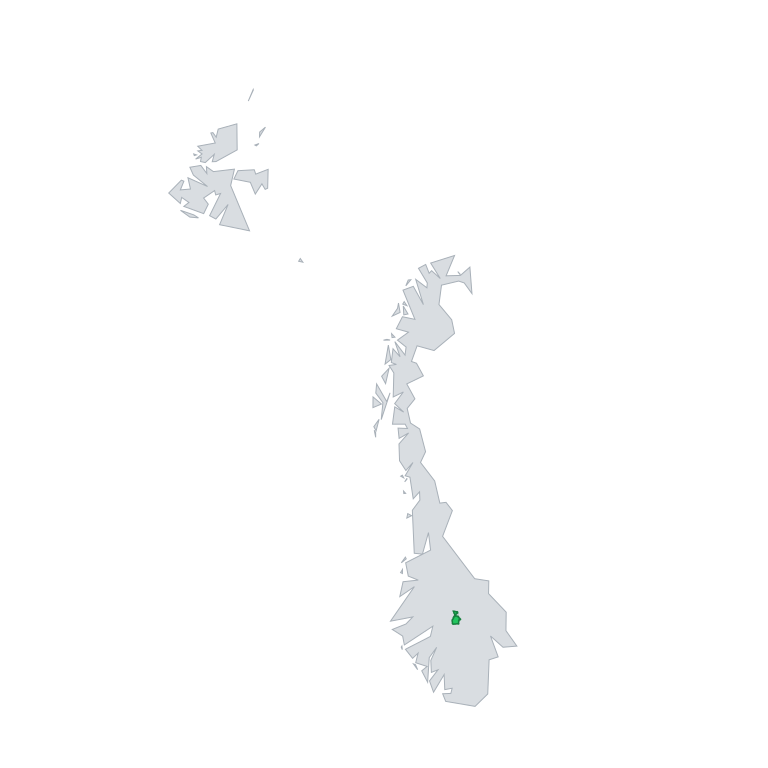 location of Nord-Aurdal nor, Oppland, Norway, rotated 325°
{"feature_id": "86288312B2745383229775", "entity_name": "Nord-Aurdal nor", "entity_type": "district", "adm_level": 2, "iso_a3": "NOR", "parent_name": "Norway", "parent_adm1": "Oppland", "projection": "albers", "projection_center": [9.398, 61.004], "detail": "fine", "context": "in_parent", "style": "filled", "palette": "green", "viewbox_px": 768, "rotation_deg": 325, "n_neighbors": 0, "source": "geoboundaries", "source_scale": "gbopen_adm2", "svg_char_len": 5733}
<svg xmlns="http://www.w3.org/2000/svg" viewBox="0 0 768 768"><g transform="rotate(325 384 384)"><path d="M433.0,371.7L419.4,381.3L422.5,385.6L420.9,399.9L402.7,397.0L400.8,413.9L389.0,417.3L383.3,431.2L387.4,441.3L379.2,463.3L368.9,469.2L369.9,492.5L361.4,513.6L366.9,516.5L367.4,526.9L344.6,542.4L346.6,595.5L356.9,605.4L349.4,615.7L353.2,641.0L342.4,656.0L342.5,674.9L330.5,667.9L326.7,651.5L321.0,673.0L311.9,670.2L291.2,697.4L273.7,700.3L252.5,679.4L254.4,671.4L261.3,675.8L265.3,672.3L258.5,669.2L266.6,656.5L247.8,664.9L251.0,653.3L264.3,649.1L257.4,647.4L263.8,637.3L276.1,629.9L264.1,634.1L248.7,653.3L250.4,640.6L257.3,640.1L250.1,630.5L257.6,624.0L250.1,625.1L249.4,613.6L277.2,617.4L285.1,610.4L251.0,609.4L254.7,601.2L250.0,589.8L264.3,593.2L274.0,591.3L253.3,582.0L292.7,567.4L275.0,567.2L286.2,556.9L299.6,564.3L293.7,555.3L299.2,542.9L326.9,546.8L335.2,531.2L317.9,545.4L311.7,540.0L334.8,503.7L346.8,499.7L351.3,492.7L342.1,494.8L351.8,475.2L348.7,471.3L362.7,464.9L352.3,467.4L352.7,455.8L361.9,441.7L376.1,438.2L365.2,437.2L370.2,428.2L377.7,433.9L378.3,429.0L367.9,421.8L379.7,408.9L384.0,418.3L381.5,406.2L395.3,401.6L384.1,399.9L398.4,380.6L398.8,371.7L405.4,375.1L402.3,370.6L411.6,360.3L412.8,370.9L417.2,355.5L417.8,372.4L423.3,366.4L420.2,355.8L433.8,355.6L425.8,345.8L437.7,339.5L446.4,348.8L453.4,318.0L464.0,320.8L461.8,341.6L470.0,316.5L474.3,329.8L477.4,326.1L478.6,309.0L486.7,310.0L484.5,319.2L488.0,318.5L490.6,329.9L491.6,311.7L515.5,319.2L496.9,331.0L508.9,338.9L521.4,337.5L507.9,360.4L507.7,347.2L504.2,342.5L487.8,336.0L474.6,350.4L476.3,370.2L470.8,383.0L444.2,385.3L433.0,371.7ZM349.3,95.1L359.3,99.9L359.6,110.0L363.2,104.1L366.1,112.2L384.7,122.2L372.2,133.5L361.7,181.4L340.7,159.2L359.3,147.5L340.9,152.4L337.7,146.1L359.4,134.2L354.6,132.6L356.2,128.4L342.9,128.2L343.2,135.9L334.0,141.0L321.9,123.7L328.3,123.4L325.3,115.1L320.7,119.3L317.2,104.1L334.9,100.8L336.4,103.1L328.5,108.2L337.3,113.3L341.7,102.6L352.7,121.0L347.7,103.5L349.3,95.1ZM367.8,82.4L384.0,89.8L386.1,79.1L388.0,79.9L388.1,85.6L394.4,80.1L412.7,86.5L398.0,108.0L373.9,105.4L370.8,103.4L376.7,98.5L364.6,100.1L361.3,96.5L364.4,93.5L358.7,91.7L366.9,91.2L365.2,86.3L368.9,88.2L367.8,82.4ZM386.7,125.5L400.6,134.1L399.3,138.5L412.2,141.7L401.0,156.9L398.3,156.4L398.8,150.0L387.5,154.6L390.2,142.1L378.6,130.0L386.7,125.5ZM376.2,399.9L383.9,394.7L361.3,411.6L372.4,398.7L372.1,386.7L378.0,379.7L376.2,399.9ZM386.5,376.3L397.2,374.0L385.5,384.6L386.5,376.3ZM396.3,368.3L409.9,354.6L403.6,367.9L396.3,368.3ZM316.9,125.0L325.2,136.4L327.3,141.5L320.7,135.9L316.9,125.0ZM367.6,388.3L370.4,398.9L361.4,397.0L367.6,388.3ZM442.3,326.0L438.2,334.6L429.7,333.1L438.5,329.8L442.3,326.0ZM444.5,331.2L443.8,340.4L439.9,338.7L444.5,331.2ZM351.2,413.1L359.7,410.1L350.7,417.8L351.2,413.1ZM445.6,68.2L435.1,74.4L445.8,67.7L445.6,68.2ZM426.7,106.3L434.2,105.6L423.8,110.1L426.7,106.3ZM458.2,316.1L463.5,312.7L465.8,314.0L458.2,316.1ZM447.8,328.1L447.7,333.0L445.2,329.3L447.8,328.1ZM419.1,347.1L419.8,351.9L417.2,350.6L419.1,347.1ZM387.4,233.2L387.4,237.7L384.5,234.5L387.4,233.2ZM419.5,115.3L416.0,115.7L415.3,114.2L419.5,115.3ZM329.1,503.8L331.1,507.7L325.8,506.9L329.1,503.8ZM408.7,347.8L412.0,349.1L414.2,351.5L408.7,347.8ZM360.1,86.4L361.8,88.8L359.6,88.1L360.1,86.4ZM301.9,540.0L295.6,540.4L302.2,538.1L301.9,540.0ZM292.8,546.5L290.4,549.8L289.4,548.0L292.8,546.5ZM349.3,419.0L346.6,422.9L349.5,416.3L349.3,419.0ZM248.8,632.0L247.7,637.3L247.6,630.2L248.8,632.0ZM346.3,472.2L344.8,469.1L346.7,469.2L346.3,472.2ZM508.9,334.2L509.4,338.1L509.0,337.5L508.9,334.2ZM348.1,475.2L344.8,476.0L348.8,474.4L348.1,475.2ZM338.6,482.9L339.0,486.0L337.4,485.1L338.6,482.9ZM248.4,608.9L246.6,612.1L247.2,609.4L248.4,608.9Z" fill="#d9dde1" stroke="#a8b0b8" stroke-width="1"/><path d="M307.7,623.3L308.1,622.5L308.1,622.4L308.4,622.0L308.7,621.6L308.9,621.4L309.0,621.4L309.2,621.2L309.4,621.2L309.5,621.1L309.5,620.7L309.6,620.4L309.8,620.4L310.0,620.4L310.3,620.3L310.4,620.2L310.5,620.2L310.8,620.4L310.9,620.5L311.0,620.8L311.3,620.8L311.5,620.7L311.8,620.6L311.8,620.3L311.7,620.2L311.6,619.9L311.6,619.7L311.4,619.5L311.5,619.3L311.6,619.1L311.5,618.9L311.4,618.7L311.2,618.5L311.2,618.4L311.3,618.4L311.4,618.2L311.2,618.1L311.1,617.8L311.1,617.7L311.2,617.4L311.3,617.3L311.5,617.3L311.5,617.2L311.5,616.9L311.4,616.9L311.3,616.6L311.2,616.6L311.0,616.4L310.8,616.2L310.6,616.2L310.5,615.9L310.4,615.8L310.4,615.7L310.2,615.5L310.1,615.4L310.0,615.2L309.7,615.1L309.4,615.1L309.5,615.0L309.6,614.9L309.8,614.9L310.0,614.7L310.4,614.2L310.5,614.2L311.0,614.0L311.3,613.8L311.5,613.7L311.9,613.4L312.0,613.4L312.3,613.3L312.5,613.3L312.7,613.5L312.9,613.6L313.0,613.7L313.0,613.8L313.3,613.5L313.3,613.4L313.4,613.2L313.5,613.0L313.5,612.8L313.4,612.5L312.8,612.2L311.8,611.1L311.3,610.5L310.9,610.1L310.7,610.0L310.5,609.9L310.5,610.0L310.4,610.4L310.4,610.5L310.4,610.8L309.9,611.7L309.9,612.6L309.9,612.8L309.9,613.1L309.8,613.3L309.5,613.7L309.4,613.8L309.3,614.0L309.2,614.1L308.8,614.3L308.5,614.5L308.3,614.5L308.1,614.5L307.9,614.6L307.7,614.7L307.5,614.8L307.4,614.8L307.3,615.0L307.2,615.0L306.9,615.1L306.7,615.2L306.5,615.3L306.5,615.5L306.6,615.8L306.6,615.7L306.5,615.8L306.4,615.8L306.0,616.0L305.8,616.1L305.7,616.1L305.4,616.2L305.2,616.1L304.8,616.3L304.7,616.3L304.4,616.5L304.0,617.0L303.9,617.2L303.8,617.3L303.5,618.2L303.3,618.5L303.2,618.6L302.9,619.1L302.7,619.3L302.6,619.5L302.7,619.8L302.7,620.0L302.8,620.0L302.9,620.3L303.0,620.4L303.0,620.5L303.3,620.6L303.6,620.8L304.0,621.1L304.3,621.2L304.4,621.3L304.5,621.3L304.7,621.5L305.3,621.9L305.8,622.0L306.1,622.2L306.4,622.4L306.6,622.5L306.8,622.6L306.8,622.8L307.1,623.2L307.5,623.3L307.7,623.3Z" fill="#22c55e" stroke="#15803d" stroke-width="1.5"/></g></svg>